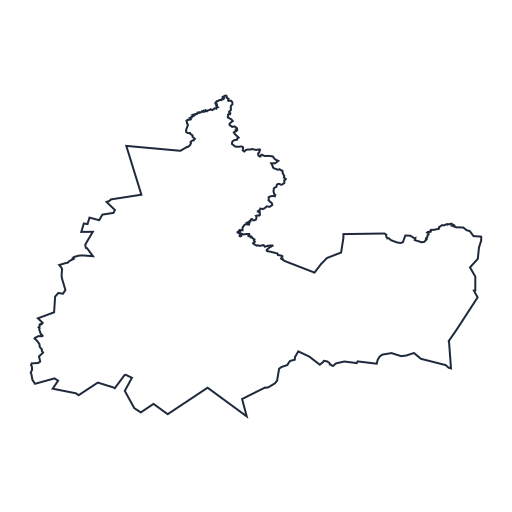 the district of Trapenes pag., Apes, Latvia
{"feature_id": "27541924B83311513911645", "entity_name": "Trapenes pag.", "entity_type": "district", "adm_level": 2, "iso_a3": "LVA", "parent_name": "Latvia", "parent_adm1": "Apes", "projection": "robinson", "projection_center": [26.588, 57.465], "detail": "fine", "context": "isolated", "style": "outline", "palette": "slate", "viewbox_px": 512, "rotation_deg": 0, "n_neighbors": 0, "source": "geoboundaries", "source_scale": "gbopen_adm2", "svg_char_len": 6045}
<svg xmlns="http://www.w3.org/2000/svg" viewBox="0 0 512 512"><path d="M35.0,383.8L54.5,378.4L58.1,380.7L52.7,388.7L75.9,393.3L78.6,395.2L97.8,382.6L113.3,387.4L114.8,388.2L124.6,375.0L125.7,374.8L131.9,377.8L124.8,390.9L134.3,408.2L140.8,412.4L153.5,403.9L167.7,414.2L207.6,387.7L246.7,416.4L242.1,399.0L265.1,387.5L265.4,387.8L268.2,387.4L275.0,383.3L277.1,380.6L279.1,368.7L281.5,367.0L287.4,365.0L288.8,362.5L290.2,360.9L294.8,359.7L295.0,357.0L298.3,351.4L309.3,356.6L319.8,364.7L322.7,362.4L323.9,360.8L327.4,361.5L329.6,363.2L329.9,364.5L330.9,364.7L332.4,365.9L333.1,365.9L336.0,363.4L344.3,361.5L356.7,363.1L357.6,361.4L376.7,363.7L377.7,359.8L379.8,356.4L382.4,354.6L391.5,353.1L401.0,356.1L406.0,355.6L414.0,353.0L420.9,358.8L445.7,365.1L448.6,367.7L451.0,368.4L449.0,341.4L448.7,341.1L456.2,330.3L477.6,297.4L473.9,290.6L475.3,290.4L475.3,276.6L470.0,267.4L477.8,258.8L479.0,247.3L481.1,241.0L481.3,237.0L481.0,236.6L473.5,236.1L469.8,231.1L466.6,230.2L463.2,227.5L456.1,227.3L452.2,225.8L453.8,225.1L451.2,223.6L450.2,224.1L448.0,224.2L447.5,224.6L446.9,224.1L444.2,225.3L442.0,225.2L438.9,227.3L438.9,228.8L433.6,229.9L430.9,229.9L430.4,230.7L430.9,231.0L430.7,231.7L430.2,231.6L429.0,232.3L428.7,231.9L427.7,232.0L427.2,232.5L428.3,232.8L428.6,234.5L427.5,235.3L427.5,236.8L426.0,238.3L425.9,238.9L426.7,239.1L426.6,239.4L424.3,241.8L421.8,242.3L414.8,240.1L415.3,238.1L414.6,238.4L410.3,235.7L405.3,235.5L402.9,242.2L400.6,243.0L397.2,242.5L391.0,240.2L388.7,238.2L387.3,238.4L386.1,236.0L386.3,234.7L384.3,233.5L343.4,234.1L343.4,238.0L341.1,252.5L327.0,258.0L321.1,264.0L314.5,272.6L284.9,261.1L282.2,259.4L282.5,259.0L282.2,258.9L281.1,258.5L281.8,257.1L282.4,256.7L282.4,256.2L281.6,255.7L277.9,255.0L277.5,253.5L269.1,251.4L267.6,251.3L266.7,250.7L266.9,249.8L269.1,247.7L272.6,245.7L272.4,245.4L268.3,245.7L264.8,246.7L263.6,245.1L260.7,245.7L259.3,245.8L258.0,245.3L256.8,245.7L253.4,243.8L253.0,243.2L254.9,241.7L253.8,240.1L254.4,239.4L252.4,237.9L251.0,237.5L250.8,237.3L251.3,236.6L249.7,235.9L249.1,236.3L248.5,236.1L248.3,235.8L249.3,234.7L249.2,234.0L246.2,234.0L241.2,234.8L240.8,235.3L241.0,236.1L240.3,236.4L239.7,236.2L239.6,235.5L239.8,234.8L241.1,233.6L238.2,232.9L237.5,232.4L237.6,232.0L239.9,231.9L240.2,231.2L239.2,230.4L239.6,230.0L242.5,230.3L242.6,227.5L244.6,224.7L246.6,224.2L248.4,224.7L249.1,224.5L249.3,223.5L249.1,223.1L247.3,222.6L249.1,221.6L250.4,221.6L250.5,221.3L250.0,220.6L250.9,219.9L251.3,219.1L251.8,219.0L253.1,220.2L253.8,220.4L255.6,219.9L256.2,218.9L256.5,216.7L256.0,215.9L257.7,215.4L259.1,215.6L260.0,214.8L259.7,213.7L259.9,212.2L257.8,211.6L257.8,211.3L260.0,209.8L260.3,208.6L262.8,209.1L264.8,208.1L266.6,206.4L269.7,206.8L272.2,205.1L272.2,204.2L271.4,202.6L269.8,201.7L269.3,200.8L268.5,200.2L268.7,199.8L268.7,197.1L271.2,196.1L273.7,196.0L274.8,196.3L275.3,195.0L274.1,193.8L273.5,191.3L273.9,188.4L274.4,187.8L276.4,186.8L276.8,184.9L277.8,184.0L279.3,183.9L280.9,184.7L281.5,184.7L282.4,184.4L284.4,182.9L284.2,180.4L285.3,179.8L285.8,179.0L283.9,177.6L284.3,175.8L283.6,174.9L282.6,172.9L282.6,171.0L282.3,170.6L281.0,170.3L279.6,169.2L278.0,169.8L274.0,168.3L272.9,167.4L272.9,166.6L271.2,163.3L275.0,163.3L278.3,160.9L275.0,159.3L272.7,156.4L268.8,155.9L264.6,156.0L261.8,154.7L260.8,155.3L260.5,156.4L259.6,156.5L258.5,155.6L258.1,154.2L258.2,153.3L259.2,152.6L259.4,151.0L260.1,150.1L259.7,149.4L256.1,149.9L251.7,149.0L250.6,149.5L247.5,149.5L245.7,150.1L244.3,151.5L242.7,150.3L243.1,147.6L242.7,146.9L241.2,146.4L238.9,146.8L235.2,146.6L231.9,143.9L232.2,141.9L233.0,140.9L235.1,139.9L237.0,139.8L237.2,139.5L237.4,138.2L238.6,137.6L234.6,133.8L233.8,132.4L236.6,130.9L236.5,130.3L234.8,129.7L237.2,129.6L237.0,128.2L234.6,126.4L232.1,126.9L231.8,126.4L230.0,125.5L229.5,124.7L229.4,124.2L229.7,123.7L231.3,122.1L232.8,121.1L231.3,119.3L228.0,117.6L227.7,116.7L228.3,115.7L228.0,114.7L228.1,114.4L229.5,113.9L230.1,114.1L230.3,113.6L230.3,113.2L229.2,112.4L229.1,111.8L230.9,110.0L230.8,106.3L231.1,105.6L232.4,104.3L232.4,102.8L232.1,101.9L231.0,100.7L228.4,100.9L228.1,100.1L228.6,98.9L226.8,97.8L226.8,96.6L226.4,95.7L225.2,95.6L222.6,97.0L222.9,98.2L224.0,98.2L223.5,99.1L222.1,99.0L221.4,99.5L221.4,100.1L219.4,100.0L218.5,100.8L217.1,101.0L216.6,101.4L216.6,101.8L215.8,102.3L215.4,102.9L216.6,103.8L216.7,104.1L216.1,104.3L216.8,105.0L216.5,105.3L217.0,105.6L217.0,106.2L217.6,107.0L216.6,107.0L216.7,108.1L216.4,108.7L215.3,108.3L214.2,108.5L214.0,109.0L212.3,110.1L210.5,109.2L210.0,109.8L207.7,110.5L206.8,111.3L206.1,111.2L206.5,110.8L205.9,110.4L205.8,111.0L205.1,111.3L205.1,110.9L204.0,110.5L203.3,110.9L203.8,111.5L203.4,111.9L201.9,111.4L201.7,111.9L200.3,112.6L199.7,112.6L199.6,112.2L199.2,112.2L199.0,112.8L197.5,112.7L197.6,113.4L196.6,114.2L195.6,114.0L195.1,114.1L194.9,114.7L194.3,114.4L193.0,114.8L193.7,115.3L193.6,116.0L192.9,115.9L192.5,116.4L191.5,116.5L191.7,117.5L189.9,118.1L190.8,118.7L190.8,119.3L189.4,119.8L187.4,119.9L186.4,120.9L187.1,122.5L187.0,123.4L188.0,124.9L186.2,129.6L186.0,130.7L186.4,132.3L188.1,133.1L190.0,133.0L190.2,133.8L192.5,135.3L192.5,136.7L194.9,138.9L193.6,140.4L192.5,140.4L190.5,142.0L191.0,143.1L190.1,145.1L187.8,147.0L186.9,147.0L180.4,150.8L126.3,145.9L141.4,194.7L110.9,199.4L109.9,200.6L106.6,202.0L114.9,210.0L113.5,212.9L102.4,214.6L99.2,220.2L89.5,217.6L87.5,224.1L83.8,223.5L81.3,231.9L92.8,231.8L86.3,242.8L85.3,244.7L85.3,245.4L85.9,247.9L87.0,248.2L93.0,256.2L82.2,255.4L78.6,255.7L73.9,257.0L72.7,258.2L73.7,258.9L69.4,261.0L67.6,262.8L66.6,262.8L59.2,265.0L61.1,267.2L62.1,268.9L61.6,275.3L61.9,278.2L65.4,290.0L63.0,293.7L58.3,293.0L55.1,296.6L54.1,312.3L37.9,318.3L42.7,322.9L41.5,324.3L40.3,324.0L39.6,324.8L39.8,325.8L38.6,327.3L39.6,328.1L39.2,329.5L40.9,334.3L42.4,335.3L42.6,335.9L41.8,336.3L38.5,336.1L34.9,337.9L34.5,338.5L36.8,340.5L39.0,343.5L39.4,344.0L39.8,347.0L41.9,349.4L41.8,350.8L43.1,352.6L39.0,356.4L40.2,361.5L38.2,363.0L31.6,363.4L31.0,365.3L31.8,366.2L32.1,369.7L30.7,372.8L31.4,374.2L32.4,379.8L35.0,383.8Z" fill="none" stroke="#1e293b" stroke-width="2"/></svg>